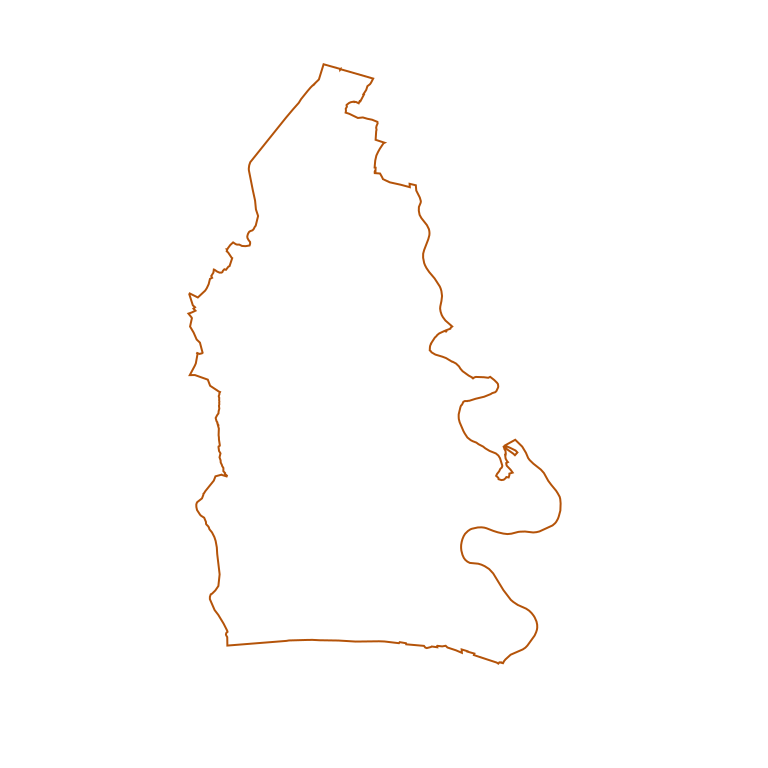 Voorst, Gelderland, Netherlands (Equal Earth projection), rotated 15°
{"feature_id": "6326949B12732314693238", "entity_name": "Voorst", "entity_type": "district", "adm_level": 2, "iso_a3": "NLD", "parent_name": "Netherlands", "parent_adm1": "Gelderland", "projection": "equal_earth", "projection_center": [6.089, 52.237], "detail": "fine", "context": "isolated", "style": "outline", "palette": "amber", "viewbox_px": 768, "rotation_deg": 15, "n_neighbors": 0, "source": "geoboundaries", "source_scale": "gbopen_adm2", "svg_char_len": 6143}
<svg xmlns="http://www.w3.org/2000/svg" viewBox="0 0 768 768"><g transform="rotate(15 384 384)"><path d="M363.3,183.8L356.9,184.0L358.0,187.2L348.6,187.2L337.4,187.7L330.0,186.4L328.7,184.8L325.7,181.7L320.5,182.7L320.1,181.6L320.1,180.8L320.7,180.7L319.9,177.2L318.9,177.3L317.7,170.4L317.5,165.3L318.2,161.4L319.1,157.8L321.2,151.6L322.1,150.8L312.7,150.3L311.0,141.7L311.0,140.4L310.1,138.5L310.0,136.5L310.4,134.0L309.8,132.5L304.1,131.8L299.3,132.1L294.6,132.0L289.9,133.8L280.5,132.0L276.7,131.8L276.6,130.1L275.8,128.0L276.4,125.8L275.6,124.3L275.7,124.0L277.6,121.5L279.0,120.4L281.9,119.0L282.3,119.4L283.8,118.8L286.9,119.4L287.3,117.0L288.0,117.1L289.7,109.6L289.1,109.5L290.7,104.6L290.9,100.6L292.9,98.0L293.5,96.3L294.5,91.8L268.8,91.3L260.7,91.2L260.6,91.4L260.5,90.8L260.0,91.3L259.9,91.0L242.9,90.8L242.3,106.7L238.3,113.4L238.7,113.2L238.5,113.6L237.8,114.1L236.3,116.7L234.3,120.9L230.2,130.2L228.9,134.5L225.1,142.1L220.4,152.1L197.4,204.4L197.2,207.6L197.6,210.7L198.1,212.4L207.2,230.9L212.0,240.2L215.1,248.5L218.9,254.3L219.1,264.3L218.5,265.7L218.0,268.1L217.2,269.6L215.3,270.9L214.4,271.9L213.8,273.9L213.7,275.7L213.8,277.1L214.4,278.4L216.0,280.1L217.9,281.5L218.4,283.2L218.3,285.0L214.6,286.7L211.1,287.4L208.2,286.8L206.0,287.4L204.6,287.3L201.6,286.3L199.5,289.6L197.7,294.3L197.3,294.5L197.8,294.8L197.7,296.5L199.4,297.3L204.2,301.5L204.8,301.7L204.3,310.1L203.3,311.0L201.8,314.6L200.1,314.5L199.1,316.4L198.9,317.8L198.3,318.4L196.3,319.0L193.7,318.6L190.7,317.5L190.0,317.5L190.4,320.5L189.2,324.4L190.5,325.9L188.7,327.5L188.8,333.0L188.0,337.4L187.1,340.1L181.8,348.6L172.9,346.8L172.7,347.7L179.0,357.5L181.6,358.8L180.4,360.5L182.9,362.0L179.6,364.8L176.9,366.6L181.0,369.6L181.4,370.1L181.8,378.7L186.8,383.6L191.5,389.5L195.5,391.7L200.7,400.8L200.2,401.5L198.0,402.7L194.7,402.3L196.1,403.0L196.9,412.8L196.5,415.4L194.1,425.7L199.0,424.3L212.7,425.4L216.5,430.7L226.3,434.0L227.7,434.2L227.4,435.7L227.7,436.6L227.5,438.1L227.7,439.0L228.4,439.9L229.0,442.5L229.6,443.8L229.6,444.7L230.2,446.2L230.2,447.7L231.3,450.4L231.3,453.0L231.7,455.3L230.9,457.3L230.2,460.4L231.8,463.2L232.9,464.1L233.4,465.3L233.8,465.7L233.6,465.7L236.0,469.8L237.5,476.3L238.3,478.2L239.0,480.5L241.3,485.7L241.3,486.2L240.4,487.1L240.4,487.6L242.0,491.4L244.0,493.3L244.1,497.4L245.9,500.0L246.6,502.1L248.4,504.2L248.9,505.1L250.6,506.7L251.4,509.8L253.5,511.1L253.5,511.9L256.0,513.2L255.9,514.0L250.9,513.8L250.6,513.6L245.1,516.8L244.6,521.4L239.2,533.6L238.4,536.2L238.0,536.7L238.2,537.7L237.8,541.6L234.2,546.4L233.9,547.6L233.9,549.1L234.6,551.4L236.0,554.1L240.2,557.9L241.4,558.6L244.9,559.7L247.7,563.3L248.3,565.1L248.7,565.6L250.9,566.9L251.9,567.8L253.0,569.5L256.3,571.9L259.8,575.8L262.0,579.2L264.8,585.1L266.9,591.4L274.5,610.4L276.3,622.0L274.5,627.1L272.2,631.0L271.1,632.0L270.9,634.6L271.5,636.9L278.9,646.2L283.7,649.9L291.1,657.0L296.4,662.9L297.0,663.9L296.2,665.0L296.1,666.7L296.6,667.6L298.1,669.1L300.4,677.2L356.2,657.4L358.6,656.3L375.4,651.3L381.0,649.7L388.0,648.2L406.3,643.6L423.4,640.1L445.8,633.8L451.0,632.6L465.5,630.5L466.0,629.3L472.3,628.7L472.8,629.7L490.4,626.6L492.1,627.9L493.7,628.0L497.4,625.9L498.0,625.2L503.6,624.5L503.1,623.5L503.3,623.1L508.1,622.4L511.3,620.9L513.5,622.1L522.3,622.6L528.8,623.5L527.7,620.3L533.8,620.5L533.8,620.9L541.1,621.0L541.0,622.6L564.9,623.9L566.8,624.5L567.5,623.0L569.1,622.6L569.1,622.9L571.2,622.9L571.7,620.6L572.6,618.6L576.4,612.7L586.7,604.5L588.8,602.1L590.2,599.6L594.6,588.0L595.2,584.3L595.3,581.8L595.1,579.8L594.3,577.0L592.8,574.0L590.0,570.5L588.4,569.0L585.9,567.1L582.9,565.4L579.4,564.2L570.4,562.8L565.4,561.1L562.4,559.7L552.7,552.2L538.5,538.7L533.4,535.5L528.4,533.9L524.9,533.3L521.5,533.2L513.2,534.6L510.5,534.0L508.0,532.8L506.1,531.3L504.0,528.7L501.8,524.8L500.9,522.4L500.2,519.6L499.9,516.5L499.9,513.7L500.3,510.5L501.1,507.7L503.1,504.3L505.1,502.0L506.5,501.0L511.7,498.3L515.3,497.2L518.0,496.8L520.3,496.8L527.7,497.6L532.2,497.8L538.0,497.6L542.1,497.0L545.8,495.6L552.0,492.1L553.8,491.4L558.4,490.0L566.5,488.8L569.5,487.7L572.3,486.2L583.4,477.0L585.3,474.2L586.0,472.6L586.9,469.1L587.1,466.7L587.1,460.6L585.5,453.6L584.0,449.5L582.9,447.5L580.0,444.5L577.8,442.5L571.9,438.3L567.7,435.0L561.5,428.6L557.7,426.1L548.9,422.3L544.4,419.8L542.4,418.2L538.9,413.7L533.7,408.7L525.2,403.9L517.1,411.7L518.7,412.5L522.3,413.0L528.3,414.2L530.6,415.6L528.9,418.9L526.8,417.8L520.0,415.3L516.1,413.2L515.8,413.6L516.7,414.8L517.3,415.9L518.6,417.0L519.7,419.9L519.8,420.9L519.3,421.0L520.8,424.6L522.8,426.7L523.9,427.4L522.5,428.7L523.2,430.4L523.9,431.3L528.4,434.0L531.2,436.3L528.3,438.1L528.7,439.6L528.6,442.0L526.3,442.2L525.8,443.6L524.4,445.5L522.3,446.4L519.3,446.3L518.7,445.0L516.1,443.7L516.5,441.5L517.8,438.6L518.3,435.9L519.4,434.2L519.5,432.7L519.3,432.1L515.3,425.7L513.0,423.5L510.0,422.1L503.3,421.3L498.4,419.9L496.0,418.8L490.9,417.7L488.4,416.7L484.6,416.3L482.3,415.8L478.4,414.1L474.8,410.9L472.9,408.9L467.0,401.4L465.3,398.4L464.6,396.3L464.0,394.0L463.8,386.5L464.0,384.9L464.7,383.8L465.3,380.6L466.6,379.5L469.1,378.9L469.5,378.5L470.6,378.2L476.4,374.5L484.0,370.4L489.6,366.2L490.9,364.8L493.6,363.1L494.4,361.7L495.1,357.8L495.0,356.8L494.1,354.6L492.9,353.6L489.4,351.6L484.7,349.6L483.1,351.0L478.8,351.6L470.9,353.4L469.6,354.2L468.5,355.6L468.1,355.5L468.0,355.0L463.7,354.0L456.6,351.3L453.8,349.4L451.9,347.6L448.3,345.6L444.5,344.7L444.2,344.9L437.2,342.9L433.3,342.5L426.0,342.3L421.7,341.1L420.7,340.2L419.5,339.7L418.8,336.4L418.7,334.7L419.1,333.0L418.9,332.8L421.1,326.0L422.2,324.3L422.7,323.0L424.2,320.9L428.7,317.1L430.4,317.3L430.6,317.0L430.0,316.1L433.8,313.4L433.9,312.3L435.0,310.8L426.9,306.8L423.6,304.2L421.8,302.3L419.9,299.4L418.7,296.7L418.3,294.5L418.0,289.0L417.3,284.0L415.4,279.4L414.0,277.1L412.6,275.3L405.5,268.9L398.6,264.1L395.0,261.0L392.9,258.7L391.5,256.8L389.1,251.9L388.1,248.0L388.1,244.2L389.3,232.8L389.3,228.5L388.9,226.5L388.2,224.6L387.3,222.8L384.3,219.4L377.2,214.1L374.6,211.4L372.8,207.7L371.9,204.0L372.5,199.4L372.3,197.9L370.3,194.6L365.1,188.8L363.3,183.8Z" fill="none" stroke="#b45309" stroke-width="2"/></g></svg>